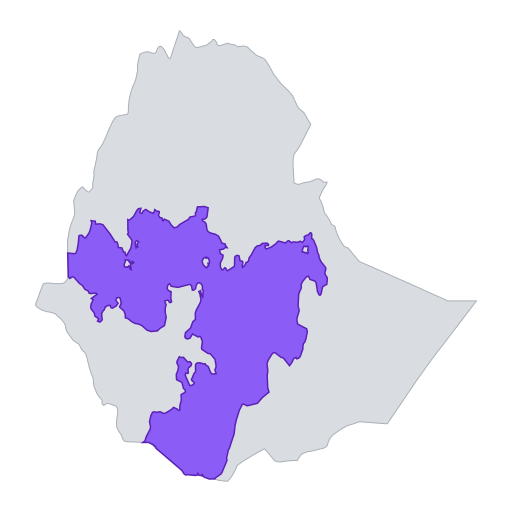 Oromiya highlighted on a map of Ethiopia
{"feature_id": "ETH-3131", "entity_name": "Oromiya", "entity_type": "Administrative State", "adm_level": 1, "iso_a3": "ETH", "parent_name": "Ethiopia", "parent_adm1": "", "projection": "equal_earth", "projection_center": [38.367, 6.948], "detail": "fine", "context": "in_parent", "style": "filled", "palette": "violet", "viewbox_px": 512, "rotation_deg": 0, "n_neighbors": 0, "source": "natural_earth", "source_scale": "10m", "svg_char_len": 9626}
<svg xmlns="http://www.w3.org/2000/svg" viewBox="0 0 512 512"><path d="M102.1,400.3L101.7,399.6L99.1,396.8L96.7,393.1L95.2,389.1L93.8,385.8L93.1,378.3L91.3,373.8L89.5,368.2L86.9,357.6L85.8,353.9L83.7,351.4L81.5,349.2L79.2,344.5L73.1,340.3L70.8,337.1L66.8,331.5L65.8,328.6L65.5,325.8L64.3,323.2L62.1,320.2L55.2,313.8L53.2,313.0L50.8,312.3L47.1,311.7L42.2,310.2L37.9,307.7L36.0,306.0L35.6,304.7L36.0,302.7L37.5,299.2L40.5,290.8L42.6,285.1L44.0,283.4L47.7,283.0L51.7,283.2L54.7,283.6L58.8,283.7L63.7,283.2L65.7,281.3L67.3,279.2L67.9,277.7L68.1,274.0L68.1,271.0L67.9,259.5L67.7,252.5L67.5,244.5L67.6,242.9L67.6,240.8L68.9,232.3L70.0,227.4L70.8,224.8L74.0,216.7L74.5,214.1L74.7,211.7L73.6,200.7L75.6,195.6L78.2,190.5L80.4,188.3L82.3,186.8L83.2,187.5L85.3,189.8L88.1,192.1L89.5,191.6L91.4,189.6L92.8,187.5L92.7,183.6L94.0,175.7L93.8,171.2L95.2,165.6L96.7,157.6L97.4,152.6L98.3,149.9L102.4,144.4L106.0,136.6L108.2,130.9L112.6,121.6L114.7,118.2L116.5,116.7L119.1,115.8L124.0,114.9L127.5,114.1L128.1,112.9L128.4,111.0L128.4,106.9L129.1,99.7L130.7,92.7L132.5,87.4L133.4,85.0L134.6,82.7L135.9,78.8L137.6,70.3L137.5,64.6L139.9,54.0L140.4,54.0L144.4,52.1L148.3,51.8L152.0,53.1L154.5,53.4L155.6,52.8L156.6,51.0L157.6,48.2L159.1,46.6L161.2,46.3L164.1,49.5L168.5,58.0L169.7,58.5L170.4,58.3L172.6,51.5L174.4,46.2L177.7,36.3L179.5,30.7L181.2,32.4L183.0,35.2L184.9,36.6L187.0,37.4L188.0,37.5L189.3,38.7L193.9,45.7L195.4,47.3L197.6,47.5L206.5,45.2L211.9,41.1L212.7,39.5L214.2,39.5L215.9,41.3L216.6,43.0L217.8,45.3L219.9,45.7L225.0,44.0L227.5,43.1L229.6,43.9L232.3,44.6L234.0,44.6L238.1,46.8L242.9,46.1L245.2,46.2L247.6,47.2L251.4,50.9L256.4,55.3L263.6,58.4L265.1,59.7L268.5,64.8L273.9,74.5L281.0,83.7L288.7,91.1L292.8,96.1L295.6,102.3L298.3,108.0L301.1,110.4L303.6,112.3L306.3,116.7L308.2,120.3L310.8,124.3L308.0,129.9L304.2,137.4L299.8,146.2L298.4,148.3L294.5,153.6L293.9,155.1L293.1,158.9L293.1,165.8L293.6,174.7L294.1,182.9L296.3,183.9L298.8,184.4L301.6,183.4L304.9,182.4L309.1,181.9L313.7,180.3L316.4,178.9L319.2,179.0L321.8,180.4L323.0,181.8L324.8,182.2L327.1,182.1L326.6,183.7L325.4,185.9L323.8,188.2L322.5,190.5L319.5,197.1L319.4,197.9L319.8,199.2L321.4,202.2L323.1,207.0L324.1,211.4L324.9,213.6L327.0,216.0L330.0,221.1L331.6,224.5L334.9,226.3L336.0,230.7L338.5,237.1L341.3,242.2L343.9,246.1L346.8,247.7L347.9,247.8L354.0,255.2L358.7,260.8L359.8,261.7L368.2,265.4L377.8,269.6L385.5,273.0L395.3,277.4L405.0,281.6L414.1,285.7L426.9,291.5L437.2,296.1L445.3,299.7L447.0,300.9L476.4,300.9L469.3,310.3L461.1,321.0L452.6,332.2L447.1,339.4L438.3,350.8L431.0,360.4L423.6,370.8L416.8,380.2L407.9,393.3L402.2,401.8L393.2,415.0L387.6,423.4L386.8,423.8L378.6,423.2L370.7,422.6L360.7,421.8L359.5,421.8L356.6,422.6L354.8,423.4L347.6,425.6L346.2,426.2L340.2,429.8L334.1,434.0L330.8,437.2L328.3,441.9L327.3,445.3L326.1,446.7L324.2,448.0L311.3,451.2L307.6,451.6L301.6,454.1L298.4,458.4L297.4,460.5L293.1,460.5L285.6,461.1L282.3,461.8L280.8,461.9L277.9,461.9L275.5,461.1L273.9,460.0L271.9,457.4L267.6,452.1L264.4,448.8L257.4,452.6L251.1,456.3L242.2,461.7L237.1,465.5L235.6,469.4L231.7,476.4L228.2,480.8L226.9,481.3L218.9,480.4L216.1,479.5L211.3,478.7L205.0,477.2L200.7,475.5L196.1,475.4L189.4,474.8L185.3,473.6L181.1,469.7L175.7,465.0L170.2,460.2L164.5,455.2L157.8,449.5L150.4,443.3L148.7,442.6L148.0,442.5L140.0,442.2L131.7,441.9L126.1,441.7L124.3,441.0L123.0,439.6L121.3,435.0L119.1,431.7L116.7,427.5L116.5,421.8L117.2,415.7L117.8,413.6L117.5,411.6L117.6,408.8L116.2,406.2L108.0,403.2L106.7,403.4L105.4,404.6L103.8,405.4L102.7,404.6L102.0,403.5L102.0,401.7L102.1,400.3Z" fill="#d9dde1" stroke="#a8b0b8" stroke-width="1"/><path d="M68.3,276.9L67.7,253.0L74.5,253.7L75.9,253.1L77.1,250.0L78.3,243.2L78.9,235.9L79.7,235.3L81.9,235.2L84.7,237.9L85.6,237.8L89.0,233.0L90.1,230.2L91.8,223.1L91.1,220.6L95.3,221.2L95.8,224.2L99.8,223.8L102.9,224.7L109.9,233.7L115.3,242.1L116.9,241.9L117.9,244.3L118.3,247.5L121.9,247.9L123.4,251.7L123.7,252.2L124.9,252.1L125.8,255.3L126.5,255.7L130.8,248.2L132.0,242.2L131.8,240.0L127.5,234.2L128.4,232.8L127.9,230.2L127.8,219.6L128.7,220.1L129.9,219.7L133.6,216.4L136.6,210.8L138.3,208.7L140.9,208.3L139.8,212.6L141.4,213.5L142.1,213.3L143.1,211.1L145.7,209.4L149.7,212.0L153.3,213.3L153.9,212.5L154.8,209.6L156.8,211.3L158.8,211.3L159.2,211.6L159.3,212.6L158.5,215.0L158.9,216.3L159.9,217.5L161.9,217.9L162.7,220.7L163.2,220.9L164.2,219.1L169.0,221.3L171.3,225.1L174.1,227.8L176.8,227.2L179.8,224.4L188.4,219.4L190.0,217.0L195.1,216.0L195.6,214.8L195.3,213.0L196.2,211.9L197.4,206.9L204.3,206.5L208.2,207.8L206.9,217.2L204.6,219.2L202.3,219.2L202.3,220.4L202.9,221.1L205.0,222.2L206.2,224.0L207.0,229.9L208.0,231.5L209.9,232.8L215.2,234.2L218.6,236.2L222.0,243.1L225.3,244.1L225.2,245.0L227.1,247.7L225.3,247.5L223.5,249.1L219.6,249.7L220.3,253.5L223.1,255.2L222.8,257.7L220.3,263.2L220.4,266.9L221.7,269.8L222.9,269.9L224.8,267.7L225.7,268.1L226.8,270.3L227.5,270.8L234.5,266.2L234.7,257.1L236.0,255.7L237.6,255.4L239.0,255.8L240.1,260.9L242.3,261.2L242.9,262.0L242.2,266.3L242.7,267.4L245.1,264.9L246.1,262.4L247.1,262.3L248.5,260.9L249.2,257.6L251.1,255.2L255.2,247.6L257.1,246.0L260.4,245.2L262.2,243.4L267.0,243.1L268.4,244.2L268.7,245.0L268.3,245.5L265.0,245.5L265.3,248.1L266.4,249.0L271.3,247.0L276.0,243.6L277.7,241.5L278.8,241.1L285.4,243.0L287.6,241.0L289.0,240.7L291.1,242.6L293.5,241.9L298.0,242.3L300.0,241.2L302.5,242.4L304.6,239.7L304.2,236.7L306.2,235.4L308.2,234.9L310.3,232.7L311.4,233.1L311.8,234.8L311.6,238.7L312.6,238.9L313.7,240.4L316.5,247.2L317.7,252.8L318.7,254.7L319.3,258.0L321.1,261.8L325.6,267.5L325.8,269.1L324.9,272.7L325.2,274.5L327.1,277.4L327.3,279.4L326.8,284.4L323.1,286.3L322.3,287.8L321.2,293.6L320.1,295.2L319.1,294.9L317.5,291.6L316.1,282.9L315.2,281.2L310.0,279.4L308.5,276.1L306.5,276.8L302.5,281.6L301.2,284.5L301.3,287.9L298.7,294.0L298.1,305.8L299.2,310.6L296.9,318.5L296.9,320.2L297.7,324.1L306.7,328.8L307.3,331.6L306.0,338.6L304.7,342.3L303.4,343.6L302.7,347.8L303.0,348.5L300.4,356.0L299.5,357.5L298.0,358.5L296.6,358.8L296.1,357.5L293.7,358.6L291.9,362.5L289.5,365.7L283.4,358.0L281.2,357.4L274.8,352.6L273.3,352.7L272.0,354.1L268.4,359.8L267.0,363.4L267.8,370.7L267.2,375.7L267.7,387.6L269.0,392.1L262.5,397.4L257.4,403.3L247.3,405.8L243.3,404.0L242.2,404.6L239.4,410.1L236.5,419.3L235.0,425.8L234.2,433.5L229.5,447.9L228.3,450.3L226.6,458.0L227.0,460.4L222.1,472.2L221.1,473.9L215.1,478.1L214.9,478.8L209.2,479.0L204.1,477.1L202.3,474.7L202.2,475.8L198.9,475.2L197.8,473.5L197.4,474.6L195.9,475.5L188.0,474.7L185.7,475.0L183.8,473.6L182.0,470.5L156.0,448.3L155.4,446.5L154.6,446.4L153.7,444.9L148.6,442.4L142.8,442.5L145.0,440.8L146.0,437.3L150.3,428.7L150.5,426.4L149.5,421.5L150.9,415.6L152.4,412.5L153.8,411.8L156.7,412.3L160.0,411.7L163.6,413.4L165.1,413.3L171.6,409.4L173.5,407.4L177.0,408.9L178.7,410.5L179.8,410.0L179.9,405.5L181.3,400.1L181.1,394.6L184.9,392.4L185.4,390.8L185.2,389.9L183.5,388.5L181.9,382.4L176.7,379.8L176.5,379.2L176.3,374.3L177.9,370.4L178.5,366.3L177.0,363.3L176.9,361.6L179.3,356.7L180.7,357.5L183.4,357.3L187.7,362.0L189.8,361.6L191.4,363.1L191.5,364.7L190.7,366.2L188.5,367.7L188.0,370.0L188.4,372.5L188.0,373.4L185.6,373.2L185.4,374.0L185.5,375.9L189.7,385.5L192.2,385.3L194.3,383.4L194.1,382.5L192.4,381.1L191.4,379.7L194.1,373.3L195.6,371.6L195.5,365.1L196.1,363.7L197.1,363.0L199.8,362.7L203.4,363.9L205.3,363.8L205.9,365.1L208.2,366.5L210.6,372.4L212.0,374.1L216.2,373.7L215.0,370.5L215.0,369.6L216.0,367.2L216.0,365.4L215.0,359.3L210.4,353.9L207.7,353.3L201.8,349.3L201.5,347.5L202.4,341.5L200.8,337.3L199.9,336.3L198.1,337.0L192.5,334.0L190.0,338.2L187.3,339.0L185.5,338.1L184.8,336.6L185.5,332.5L190.4,328.2L192.9,321.6L195.4,319.5L195.3,313.0L196.3,310.0L200.2,302.7L201.0,300.0L199.9,294.0L198.8,291.5L200.5,290.7L201.6,295.4L202.7,297.1L202.9,296.2L202.9,293.5L203.4,290.8L202.3,289.6L202.5,287.0L201.8,284.5L199.4,282.7L197.6,283.1L196.2,285.3L195.5,288.8L193.4,290.3L192.3,290.1L191.5,285.8L189.8,284.3L177.9,287.4L171.2,286.3L169.8,283.8L168.6,284.2L167.7,285.6L167.1,288.4L168.2,290.4L171.1,291.7L170.8,298.4L171.6,301.7L170.7,302.5L169.5,302.5L168.4,300.5L167.7,300.1L164.9,300.9L164.9,302.0L166.2,304.7L165.3,307.5L165.2,312.3L166.2,317.3L164.5,325.6L160.2,328.2L157.4,330.9L150.9,331.5L146.9,330.1L141.9,325.6L138.4,324.0L135.2,323.5L131.6,321.6L128.1,318.7L125.3,317.8L125.2,314.3L123.9,310.9L119.7,307.2L119.7,306.4L120.9,304.3L121.1,302.4L120.1,298.1L119.0,297.5L117.0,297.7L115.9,299.7L115.9,300.4L118.1,303.3L116.3,305.9L112.4,308.2L110.9,307.7L110.2,305.4L107.3,305.6L106.0,306.8L105.0,307.0L104.5,309.5L103.3,310.5L101.6,313.6L102.2,319.9L100.0,322.1L97.5,321.2L98.7,318.7L95.0,316.3L94.2,312.8L91.3,309.2L90.7,307.5L91.1,304.0L93.2,299.9L91.3,298.5L97.1,294.2L96.3,293.3L94.7,293.1L90.8,293.6L89.1,293.2L88.1,290.9L84.9,289.3L82.4,285.5L79.5,283.5L74.0,277.3L72.3,276.7L69.9,278.5L68.3,276.9ZM207.2,258.0L206.8,257.3L206.1,258.2L205.6,257.4L203.7,257.9L202.0,261.3L203.2,264.6L205.6,267.3L206.8,267.8L207.3,266.4L208.5,266.1L208.0,263.3L209.2,263.6L209.5,261.8L208.5,258.1L207.2,258.0ZM129.2,260.5L125.4,259.8L125.1,262.2L124.3,263.9L124.3,266.5L125.1,267.2L126.5,266.8L127.5,267.3L128.7,266.0L130.0,267.8L130.2,269.2L131.2,269.6L130.6,268.0L131.1,267.2L130.3,265.6L130.7,262.5L129.6,262.5L129.0,261.5L129.5,260.7L129.2,260.5ZM307.6,253.7L308.4,252.5L307.7,250.4L308.3,246.8L307.8,245.9L305.9,246.8L304.1,246.0L302.6,248.9L302.2,252.1L303.8,252.0L304.8,252.9L306.0,252.4L307.6,253.7ZM137.7,246.9L136.9,244.2L138.7,241.9L137.0,240.5L135.5,241.7L135.1,243.8L136.1,247.7L136.7,246.6L137.7,246.9ZM132.1,263.8L133.8,262.7L132.5,261.3L131.0,262.7L132.1,263.8Z" fill="#8b5cf6" stroke="#5b21b6" stroke-width="1.5"/></svg>